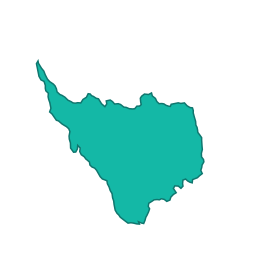 the district of Piên, Paraná, Brazil, rotated 339°
{"feature_id": "56859067B57864591645239", "entity_name": "Piên", "entity_type": "district", "adm_level": 2, "iso_a3": "BRA", "parent_name": "Brazil", "parent_adm1": "Paraná", "projection": "natural_earth1", "projection_center": [-49.461, -26.066], "detail": "fine", "context": "isolated", "style": "filled", "palette": "teal", "viewbox_px": 256, "rotation_deg": 339, "n_neighbors": 0, "source": "geoboundaries", "source_scale": "gbopen_adm2", "svg_char_len": 2308}
<svg xmlns="http://www.w3.org/2000/svg" viewBox="0 0 256 256"><g transform="rotate(339 128 128)"><path d="M176.8,121.3L175.3,123.0L173.6,122.1L171.5,120.3L170.2,118.4L168.4,117.3L165.7,116.4L164.4,113.6L164.2,110.2L162.2,106.8L162.5,103.7L159.2,104.1L155.5,102.2L152.1,103.2L150.2,104.6L149.2,108.1L148.7,110.9L146.7,111.7L144.1,110.8L141.2,112.4L139.2,111.9L136.1,110.4L133.7,108.1L131.6,107.0L129.5,103.4L127.6,101.8L124.1,100.8L123.0,97.8L121.4,95.5L117.4,94.9L116.8,97.9L114.1,99.8L112.0,95.9L110.9,90.2L108.8,88.7L107.1,86.2L105.6,84.8L104.9,82.7L103.1,81.7L100.2,84.4L96.2,85.2L92.9,87.7L90.2,86.4L87.6,85.9L85.6,84.8L84.3,83.0L81.9,80.5L80.2,76.7L78.1,73.9L76.4,72.3L74.7,68.8L75.2,65.8L75.0,62.6L74.1,60.3L71.5,56.6L70.3,53.5L69.8,48.6L69.8,44.7L68.6,41.0L67.6,35.5L68.0,33.2L65.6,35.1L63.4,47.9L64.0,51.9L66.3,54.4L66.1,58.6L65.0,61.4L64.6,63.8L66.1,67.0L64.6,70.2L64.2,72.8L64.1,76.3L63.1,82.0L60.6,84.9L62.1,87.7L63.9,95.1L65.6,96.4L67.8,100.5L69.6,102.9L71.0,104.6L72.4,107.4L72.5,110.5L70.1,114.4L69.2,117.4L68.9,121.3L67.2,126.2L68.5,131.1L70.6,131.7L73.3,129.4L74.8,126.2L76.2,129.5L74.5,132.7L74.8,136.2L76.8,139.1L77.6,142.0L79.8,145.8L79.2,149.0L80.4,151.5L82.5,153.5L83.5,156.2L84.1,160.1L84.6,163.5L85.8,166.4L87.7,168.1L89.4,169.7L88.8,172.7L89.2,176.3L89.0,180.0L89.6,183.5L88.6,187.7L88.5,191.0L87.6,194.4L87.1,197.2L86.6,200.1L87.2,203.8L88.2,205.8L88.8,208.5L91.4,212.8L93.9,216.8L96.8,217.5L99.1,218.8L101.7,220.6L104.2,221.8L104.2,219.3L106.3,221.4L108.4,222.8L110.8,220.3L112.6,217.8L114.3,216.4L117.0,213.8L119.2,211.2L118.8,208.5L120.4,205.7L124.1,205.0L126.6,204.4L129.5,205.2L131.6,206.3L133.7,206.0L136.2,207.6L137.9,210.4L141.3,210.3L143.2,207.9L146.6,206.3L149.8,205.7L149.2,202.9L148.7,200.7L151.0,198.8L154.2,200.3L155.8,203.3L158.5,202.0L159.0,199.6L160.6,196.3L163.5,196.3L164.7,198.8L166.4,200.8L168.3,202.2L169.8,199.3L172.3,199.3L175.0,199.3L177.6,198.2L181.0,197.2L180.8,193.6L182.6,191.4L183.9,189.1L186.7,186.8L187.2,184.5L186.3,181.3L187.4,178.0L189.7,174.7L190.5,171.8L191.3,169.2L192.4,165.7L193.3,163.4L192.5,160.2L191.6,157.1L192.2,154.9L192.7,152.1L192.4,149.7L193.5,146.0L193.9,141.0L194.3,137.3L195.2,135.1L195.4,132.3L193.2,131.1L191.1,128.4L189.7,124.8L186.1,124.0L183.9,122.5L176.8,121.3Z" fill="#14b8a6" stroke="#0f766e" stroke-width="1.5"/></g></svg>